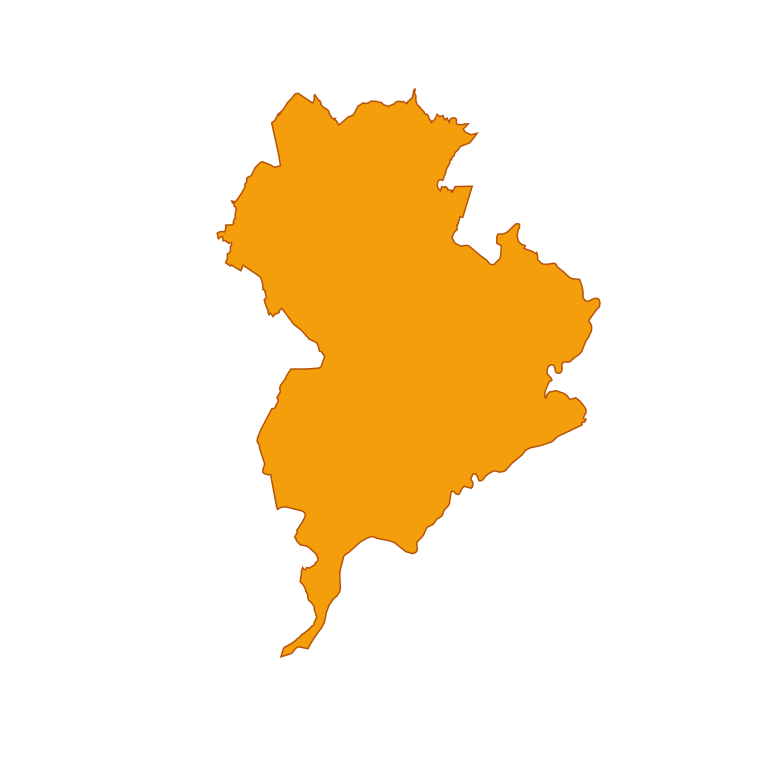 Ixmatlahuacan, Veracruz, Mexico (Equal Earth projection), rotated 197°
{"feature_id": "50627088B11055849709035", "entity_name": "Ixmatlahuacan", "entity_type": "district", "adm_level": 2, "iso_a3": "MEX", "parent_name": "Mexico", "parent_adm1": "Veracruz", "projection": "equal_earth", "projection_center": [-95.886, 18.498], "detail": "fine", "context": "isolated", "style": "filled", "palette": "amber", "viewbox_px": 768, "rotation_deg": 197, "n_neighbors": 0, "source": "geoboundaries", "source_scale": "gbopen_adm2", "svg_char_len": 6168}
<svg xmlns="http://www.w3.org/2000/svg" viewBox="0 0 768 768"><g transform="rotate(197 384 384)"><path d="M402.8,92.9L393.4,99.5L390.9,105.7L389.4,107.6L379.1,108.7L379.0,110.9L376.5,121.0L372.4,132.9L371.3,138.7L372.3,148.9L371.9,156.1L369.5,163.9L367.2,167.2L365.6,172.3L366.2,176.4L370.8,189.3L371.5,193.7L372.1,206.9L371.6,208.9L368.7,212.3L360.7,225.6L355.2,231.7L350.4,234.9L344.9,234.4L333.0,235.7L327.5,235.4L314.4,230.1L307.2,230.1L305.3,231.4L304.1,232.8L303.7,235.2L306.0,240.9L306.0,242.8L302.1,250.7L301.3,257.8L300.5,259.9L296.1,264.0L293.8,270.3L290.3,274.4L289.8,276.2L289.6,280.8L286.8,286.6L286.5,288.6L288.1,299.4L287.9,301.0L287.0,301.6L285.7,301.5L283.0,299.9L280.8,299.9L279.8,301.1L278.7,307.3L277.3,309.6L270.4,309.8L269.5,310.8L269.5,313.6L270.5,316.2L272.8,317.8L273.2,319.0L272.7,323.9L270.1,324.9L267.8,322.9L265.0,319.4L264.1,319.2L261.8,320.8L259.8,325.9L257.1,329.6L253.8,332.8L251.3,333.6L248.0,333.4L243.7,335.5L242.5,336.8L238.7,345.3L231.4,356.3L229.1,362.2L225.5,365.7L216.2,370.9L206.5,377.8L202.6,384.5L182.6,402.8L183.6,404.2L183.2,405.0L181.0,406.4L180.4,408.8L180.7,409.5L181.6,408.6L183.1,409.3L183.3,412.0L182.5,415.5L183.1,418.0L184.9,420.2L190.8,424.5L195.7,426.6L196.9,426.8L201.4,423.7L202.8,424.2L205.3,426.3L208.9,427.5L217.3,428.0L223.5,424.7L225.0,421.6L225.0,418.0L226.5,418.9L227.7,423.3L227.6,427.1L226.8,433.9L224.5,436.6L225.6,438.2L231.1,441.6L231.9,444.2L232.2,446.6L231.9,449.1L230.1,451.1L227.4,451.6L226.0,450.4L223.5,445.8L222.0,445.2L219.8,445.4L218.4,446.5L217.8,447.9L218.2,451.2L219.7,454.3L219.0,457.0L217.4,458.1L214.8,458.5L212.8,459.6L209.6,464.8L206.5,468.6L204.5,472.5L203.5,484.1L202.2,488.0L201.3,494.9L201.5,497.3L202.7,500.8L206.3,503.8L206.4,505.9L202.8,516.4L200.5,521.0L201.4,525.3L202.9,527.4L204.6,528.2L206.6,527.9L208.4,527.0L213.0,522.7L216.3,522.6L218.9,524.9L220.9,531.0L223.8,536.2L227.5,541.2L234.9,539.7L237.9,540.2L245.0,543.7L253.2,546.9L254.1,548.7L256.8,549.2L263.2,546.1L267.0,545.2L269.3,545.7L273.3,547.8L275.0,552.1L276.4,554.2L276.8,553.1L281.2,554.2L289.7,554.5L289.2,557.6L293.2,557.7L296.5,559.2L299.2,563.0L300.2,565.9L300.8,571.3L300.0,572.6L301.1,576.4L303.4,576.4L305.2,575.0L309.2,567.5L311.1,564.7L313.7,562.4L318.8,560.7L319.2,558.1L317.3,551.6L312.5,550.6L311.6,548.4L310.0,540.8L309.7,538.1L313.8,530.4L316.2,529.6L318.3,529.9L321.4,532.2L329.4,535.0L343.6,541.1L346.9,540.2L350.6,538.3L357.3,539.4L361.8,543.9L361.2,549.8L359.1,553.0L360.8,557.2L360.2,557.4L360.1,558.5L360.1,566.2L357.4,566.4L357.5,598.9L373.7,593.6L374.5,587.5L375.8,587.5L375.8,589.1L380.0,588.2L380.3,589.7L383.0,590.9L384.0,589.4L386.5,589.7L386.5,585.1L389.7,587.3L391.0,589.2L391.6,591.9L391.4,594.2L390.3,595.8L387.6,595.8L387.0,596.9L387.3,599.4L386.7,604.1L387.2,607.0L385.6,614.7L386.1,615.0L386.3,617.5L386.2,618.2L385.3,617.9L384.6,621.4L383.7,622.8L383.8,625.9L381.6,629.6L380.7,632.9L379.8,634.1L372.5,639.7L368.2,651.0L373.6,647.9L379.5,648.5L382.8,650.8L379.5,657.4L383.4,656.1L384.3,655.0L389.2,653.8L391.0,654.2L392.2,658.5L395.0,659.2L397.9,657.2L398.2,653.3L401.5,656.8L403.2,654.2L406.0,658.0L408.8,656.0L412.1,657.4L412.4,653.6L413.0,651.6L415.2,648.0L416.2,649.6L418.0,650.4L420.4,653.8L422.2,654.6L422.9,654.2L424.5,654.7L425.5,656.2L428.0,657.3L431.6,659.9L432.7,660.0L435.4,662.6L437.0,666.0L437.7,668.9L440.3,671.6L440.0,672.3L440.5,675.1L441.2,674.7L441.5,672.9L440.8,669.8L440.7,665.4L442.2,664.0L443.1,661.4L443.8,661.2L443.8,658.9L448.2,659.8L450.3,658.7L451.4,659.1L452.5,658.3L453.6,658.3L454.6,657.7L456.3,654.7L459.2,652.4L460.5,650.8L466.0,651.0L468.8,652.3L474.9,651.9L479.4,650.6L480.5,648.7L483.1,647.0L486.3,646.6L490.1,642.0L491.9,632.7L495.1,629.5L495.9,629.5L502.8,618.4L506.5,621.8L508.2,622.1L508.0,623.8L510.8,622.7L515.4,626.6L516.6,628.8L519.1,630.1L523.6,631.2L525.4,632.4L527.7,635.7L530.9,637.2L534.7,640.5L535.2,639.1L534.6,638.4L533.9,635.3L534.0,632.5L534.6,631.9L551.1,636.9L553.9,635.3L555.6,630.5L558.4,625.1L560.7,616.6L564.6,610.4L564.1,610.2L562.2,613.5L561.9,613.2L562.9,610.9L564.6,608.4L565.7,603.5L567.8,600.9L552.3,573.5L546.8,562.4L552.1,559.2L555.3,560.1L565.2,561.1L567.2,559.4L570.3,553.6L571.9,544.5L575.4,541.0L574.3,537.1L575.5,534.6L574.5,531.7L576.0,524.7L578.3,517.6L579.3,514.7L583.1,514.5L581.8,512.8L580.4,513.0L579.4,510.3L577.4,509.5L576.4,508.2L576.0,502.8L574.6,499.8L575.3,498.7L575.5,494.8L574.5,493.6L575.9,491.7L581.9,489.7L581.0,487.2L580.6,484.1L581.2,482.6L583.0,482.7L585.5,481.6L587.6,479.5L585.1,474.6L584.7,474.4L582.8,477.4L581.5,477.8L580.1,474.2L579.6,474.0L577.7,474.6L573.6,473.1L572.0,474.5L571.1,474.6L570.7,473.5L570.9,470.1L569.8,466.2L570.5,463.8L571.9,462.7L570.5,458.5L570.9,453.6L565.3,451.9L565.2,452.9L564.5,453.1L554.0,450.4L553.4,457.2L553.4,456.4L533.3,450.1L529.1,444.0L527.4,438.8L525.9,439.1L521.7,432.5L523.2,429.5L520.9,425.9L516.2,420.1L516.1,419.0L514.2,416.6L513.3,418.6L509.8,416.0L508.5,419.5L508.1,419.2L505.2,421.6L505.7,423.3L503.8,426.5L488.0,414.8L478.2,411.0L468.8,405.1L460.7,403.8L458.2,401.3L455.3,396.5L453.2,396.6L448.8,393.0L449.3,381.8L451.6,379.9L462.2,375.8L477.4,371.1L479.6,363.6L479.8,360.4L482.6,352.4L482.5,349.5L480.8,346.1L482.4,339.6L480.7,338.0L480.4,337.0L480.2,335.2L481.1,332.1L481.0,330.0L481.7,328.6L483.9,327.7L484.2,327.0L488.5,303.7L489.2,295.8L488.6,292.0L485.0,288.5L484.5,286.6L475.1,273.3L474.5,271.6L474.9,268.2L474.2,264.5L473.7,263.8L471.7,263.3L468.1,263.4L466.0,264.3L450.4,234.5L449.2,232.9L446.3,236.0L442.1,237.8L426.7,238.6L423.6,238.3L422.0,237.3L421.2,236.6L420.8,233.5L421.7,228.5L424.6,218.5L423.5,217.0L424.6,211.8L424.0,210.6L422.8,210.5L422.2,208.8L417.3,205.8L410.7,206.3L407.6,205.6L400.2,202.1L397.7,200.0L395.8,197.1L395.5,195.7L397.4,192.7L397.2,190.4L397.9,190.3L401.5,186.2L404.4,185.8L404.7,183.3L406.7,183.5L408.1,184.7L408.2,180.2L407.4,178.1L406.6,171.4L406.2,170.4L401.9,167.8L399.0,164.7L398.2,162.9L395.3,160.3L394.6,157.7L392.4,154.8L390.6,154.4L385.6,150.8L384.7,147.8L380.1,141.5L381.0,135.4L380.8,133.1L381.4,132.1L382.4,131.1L384.6,126.6L390.1,119.1L390.6,117.4L392.5,115.0L393.7,112.6L396.6,108.8L402.3,103.0L402.8,101.8L402.8,92.9Z" fill="#f59e0b" stroke="#b45309" stroke-width="1.5"/></g></svg>